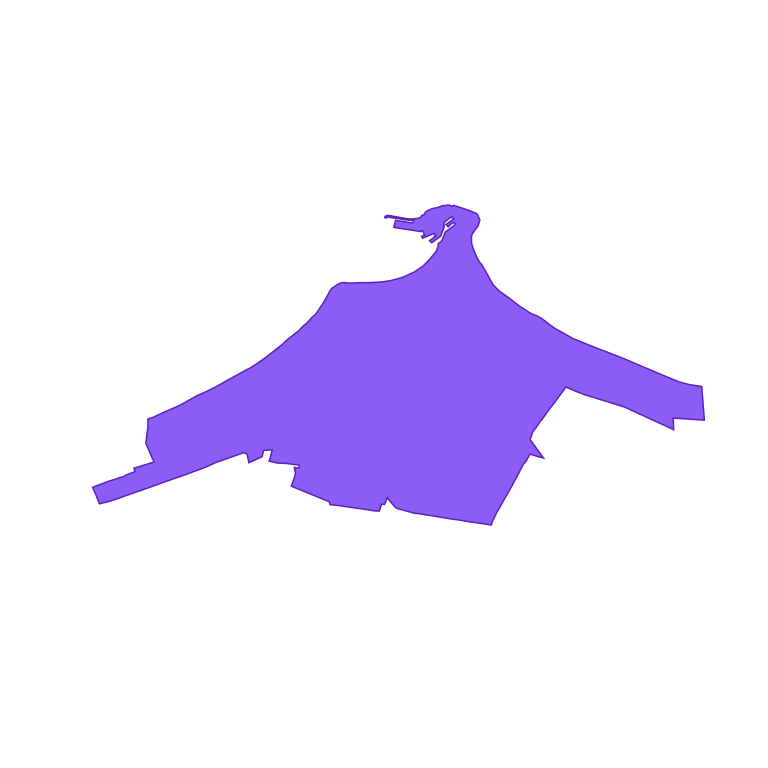 the district of Toamasina I, Atsinanana, Madagascar, rotated 256°
{"feature_id": "10022922B32937301443957", "entity_name": "Toamasina I", "entity_type": "district", "adm_level": 2, "iso_a3": "MDG", "parent_name": "Madagascar", "parent_adm1": "Atsinanana", "projection": "natural_earth1", "projection_center": [49.402, -18.143], "detail": "fine", "context": "isolated", "style": "filled", "palette": "violet", "viewbox_px": 768, "rotation_deg": 256, "n_neighbors": 0, "source": "geoboundaries", "source_scale": "gbopen_adm2", "svg_char_len": 4932}
<svg xmlns="http://www.w3.org/2000/svg" viewBox="0 0 768 768"><g transform="rotate(256 384 384)"><path d="M407.2,146.5L399.1,144.4L384.0,138.5L378.2,139.6L371.6,140.6L367.7,141.3L363.9,142.1L363.7,137.2L363.4,132.6L363.0,125.6L362.9,121.1L359.2,121.2L358.2,112.1L357.4,109.9L357.2,108.9L357.1,107.8L357.1,105.2L357.1,103.6L356.8,102.7L356.5,98.8L356.3,93.9L356.0,91.0L355.6,87.2L355.1,83.2L354.7,79.5L354.5,78.6L354.3,77.6L354.3,76.3L345.7,77.7L336.6,78.9L336.6,84.7L336.6,89.6L336.7,90.7L336.9,94.5L337.9,104.5L338.9,114.8L339.5,122.1L340.1,128.5L340.9,136.2L341.5,142.4L342.2,148.8L342.7,154.8L342.8,155.7L343.3,161.1L343.8,166.1L344.0,167.4L344.0,168.9L344.3,171.5L344.7,175.0L345.4,181.6L345.9,186.6L346.3,189.8L347.4,195.9L348.1,199.4L348.5,201.7L348.7,204.5L349.2,210.1L349.5,213.1L349.8,215.8L350.0,217.6L350.3,220.4L350.5,223.6L350.8,226.5L351.4,231.3L348.9,234.3L346.7,234.1L344.9,234.0L342.6,234.0L340.3,233.9L341.4,239.9L343.0,248.2L348.7,251.1L347.2,259.5L343.7,257.8L342.1,256.9L341.2,256.5L339.6,255.6L337.0,253.8L333.2,261.2L331.6,266.4L330.4,270.3L328.8,274.5L327.7,277.2L325.9,282.1L323.2,281.3L323.4,280.2L323.7,279.2L324.7,276.8L319.8,276.5L318.2,276.4L312.5,272.8L309.4,270.8L308.3,270.0L307.3,269.3L283.1,302.3L280.0,302.5L278.3,307.0L276.7,311.5L274.7,316.1L273.0,320.4L271.3,324.5L269.7,328.5L267.0,335.3L264.1,341.9L263.2,344.1L261.8,348.6L268.1,352.7L267.0,355.2L268.5,356.5L270.0,357.6L271.6,358.7L272.8,359.6L262.1,364.8L261.4,365.3L261.1,365.6L260.4,366.2L259.7,367.3L258.4,369.6L251.8,381.2L250.0,385.7L245.0,397.6L241.1,406.6L235.9,418.6L234.5,422.5L229.5,433.9L224.7,445.7L221.2,454.0L222.9,455.0L223.8,455.5L224.7,456.1L225.6,456.9L226.2,457.6L228.9,459.7L230.3,460.9L232.3,462.5L234.3,464.6L235.8,466.2L238.0,468.0L240.5,470.5L243.7,473.5L247.5,477.1L249.4,479.0L251.8,481.2L253.6,482.9L255.5,484.7L256.5,485.5L258.4,487.2L259.4,488.2L261.5,490.3L266.3,494.4L267.4,495.3L272.8,500.3L274.4,502.9L275.0,503.4L278.1,506.3L280.7,508.7L280.0,509.8L278.8,511.8L277.5,513.9L276.4,515.7L275.9,516.6L275.4,517.2L275.0,518.2L274.7,519.0L273.9,520.2L273.5,520.9L295.0,512.2L296.2,513.2L297.3,514.1L298.1,514.7L299.4,515.3L301.7,516.9L304.8,520.9L308.4,525.0L309.9,526.5L312.0,529.6L312.7,530.3L314.9,532.9L317.9,536.3L321.0,540.1L323.2,542.9L325.5,546.0L328.7,549.8L331.7,553.3L332.5,554.3L333.7,555.8L334.7,557.2L337.2,559.4L329.2,570.2L326.0,574.6L303.7,611.4L269.6,654.1L275.6,655.3L281.0,656.3L271.4,686.1L304.7,691.7L309.7,679.8L314.6,671.0L323.2,659.2L339.6,637.4L352.4,620.4L367.9,598.3L382.5,578.2L389.6,570.8L396.0,563.8L400.9,559.6L404.4,556.8L409.4,552.9L413.0,549.0L416.3,544.4L417.5,543.1L417.8,542.8L426.2,534.8L438.2,525.3L446.0,518.6L446.6,518.2L448.9,516.8L453.5,514.0L458.9,512.5L463.0,511.5L465.3,510.8L468.9,509.8L473.2,508.6L476.6,507.6L479.1,506.2L483.0,505.0L491.1,503.6L498.4,503.0L501.1,503.4L505.9,504.6L507.7,505.5L510.8,508.7L514.8,513.7L515.7,514.2L519.8,516.7L525.0,515.9L527.2,515.0L532.4,507.6L535.0,503.5L540.4,495.0L539.9,492.4L540.9,491.8L541.9,490.3L542.3,489.2L542.3,484.7L542.9,484.5L542.2,478.1L542.5,474.1L542.4,472.2L542.0,470.6L541.9,469.2L541.4,467.7L541.1,466.1L539.6,464.8L538.5,463.6L538.4,461.6L537.9,460.9L536.5,459.3L536.6,457.0L536.8,454.8L536.9,453.6L537.5,450.3L538.1,448.3L539.0,445.9L541.0,441.3L545.3,431.9L546.0,430.3L546.5,429.1L546.7,428.1L546.8,427.5L546.5,427.0L546.4,426.4L546.5,425.8L545.5,424.9L545.2,425.0L544.6,426.4L544.6,427.1L544.9,427.7L545.0,428.2L544.9,428.6L544.2,430.1L542.0,435.2L541.0,438.0L538.1,444.4L537.9,444.9L537.7,445.8L536.2,449.7L535.8,452.1L534.2,451.9L533.8,451.3L533.8,450.4L533.8,449.4L540.0,434.8L533.5,431.5L523.0,456.6L523.6,457.1L523.7,457.6L522.8,458.9L521.2,459.0L518.5,459.3L518.2,456.1L516.7,456.6L516.1,456.8L517.5,465.7L518.0,469.0L515.3,470.1L515.1,468.7L514.5,469.1L512.1,462.9L510.2,464.0L509.5,464.5L513.5,474.2L513.6,474.7L522.0,480.5L522.6,480.2L525.7,481.5L526.5,481.8L527.2,483.6L529.1,488.1L529.9,490.2L527.3,491.5L526.1,488.5L523.8,482.8L521.0,484.2L521.7,485.9L522.1,485.8L523.1,488.2L524.0,490.8L522.1,491.7L520.8,490.4L517.6,482.6L516.6,480.2L515.6,479.5L512.7,477.4L511.8,476.8L510.1,475.5L508.6,474.0L508.0,473.0L507.4,470.9L504.1,469.5L499.9,466.6L497.4,463.1L494.2,458.9L489.0,450.5L485.3,440.3L484.0,433.1L482.9,427.0L482.7,415.6L483.6,406.3L483.8,405.3L486.0,393.8L487.2,389.2L490.3,374.8L491.3,372.0L492.3,369.2L492.5,367.4L492.2,364.6L491.4,361.7L490.0,358.0L489.3,356.5L488.7,355.5L487.1,353.6L485.1,352.1L481.1,348.3L478.2,345.5L474.2,341.2L472.6,339.4L470.0,336.6L468.0,334.1L466.0,330.1L461.7,323.8L459.7,319.4L456.4,314.3L454.2,309.4L452.1,304.6L450.5,300.9L448.9,298.2L447.3,295.5L440.6,280.6L438.0,274.8L433.8,263.6L432.3,259.4L430.8,252.7L428.2,243.2L426.2,235.6L426.0,234.7L424.0,227.7L421.6,218.7L419.7,209.8L417.9,199.7L417.5,198.4L415.2,189.7L413.1,182.3L412.0,176.5L411.7,175.1L410.0,164.4L407.4,151.2L407.2,146.5Z" fill="#8b5cf6" stroke="#5b21b6" stroke-width="1.5"/></g></svg>